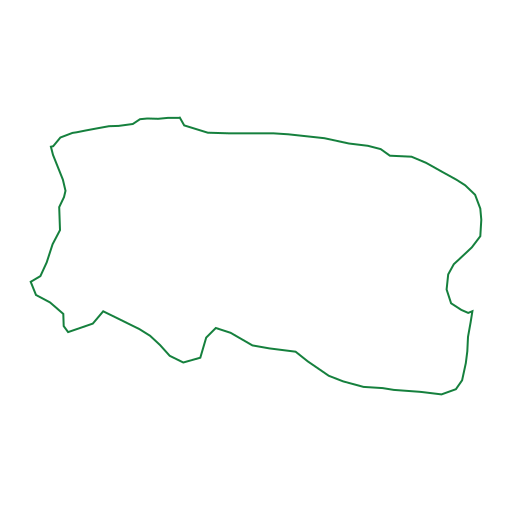 the district of Goychay District, Göyçay, Azerbaijan
{"feature_id": "54616110B88730523237575", "entity_name": "Goychay District", "entity_type": "district", "adm_level": 2, "iso_a3": "AZE", "parent_name": "Azerbaijan", "parent_adm1": "Göyçay", "projection": "mercator", "projection_center": [47.853, 40.574], "detail": "fine", "context": "isolated", "style": "outline", "palette": "green", "viewbox_px": 512, "rotation_deg": 0, "n_neighbors": 0, "source": "geoboundaries", "source_scale": "gbopen_adm2", "svg_char_len": 1183}
<svg xmlns="http://www.w3.org/2000/svg" viewBox="0 0 512 512"><path d="M50.9,146.7L53.0,154.9L62.9,179.7L65.5,190.8L64.0,197.1L59.2,207.1L60.0,230.1L52.6,244.2L46.7,262.4L40.4,276.1L30.7,281.8L36.0,295.0L50.0,302.4L63.3,313.9L63.7,326.1L68.1,332.1L92.8,323.6L103.2,311.3L139.4,329.1L150.1,335.8L160.1,345.1L169.7,355.8L183.3,362.5L200.3,357.7L206.2,337.6L215.8,328.0L230.6,332.8L252.4,345.4L269.4,348.4L295.6,351.7L307.8,361.4L328.8,375.8L343.2,381.4L363.5,386.9L382.7,388.1L393.8,389.9L419.7,391.8L422.6,392.1L441.5,394.4L455.9,389.2L462.1,380.3L465.8,363.2L467.3,351.4L468.0,336.9L470.6,322.4L472.4,311.2L468.2,312.9L461.3,309.9L451.1,303.3L446.6,289.5L448.2,274.4L453.8,264.2L462.0,256.6L471.8,247.4L480.3,236.2L481.3,219.8L480.3,208.6L475.1,194.8L465.2,185.3L456.4,179.7L442.6,172.1L426.2,162.9L411.5,156.7L389.9,155.7L380.7,149.1L367.9,145.8L348.9,143.5L324.4,138.2L288.3,134.3L272.9,133.3L250.7,133.3L228.1,133.3L207.8,132.7L184.2,125.4L179.8,117.6L178.8,117.9L167.6,117.9L158.2,118.8L147.3,118.5L140.0,119.2L132.8,124.0L118.6,125.9L109.0,126.2L97.4,128.3L85.6,130.5L76.6,132.3L72.5,132.9L60.4,137.5L53.2,146.2L50.9,146.7Z" fill="none" stroke="#15803d" stroke-width="2"/></svg>